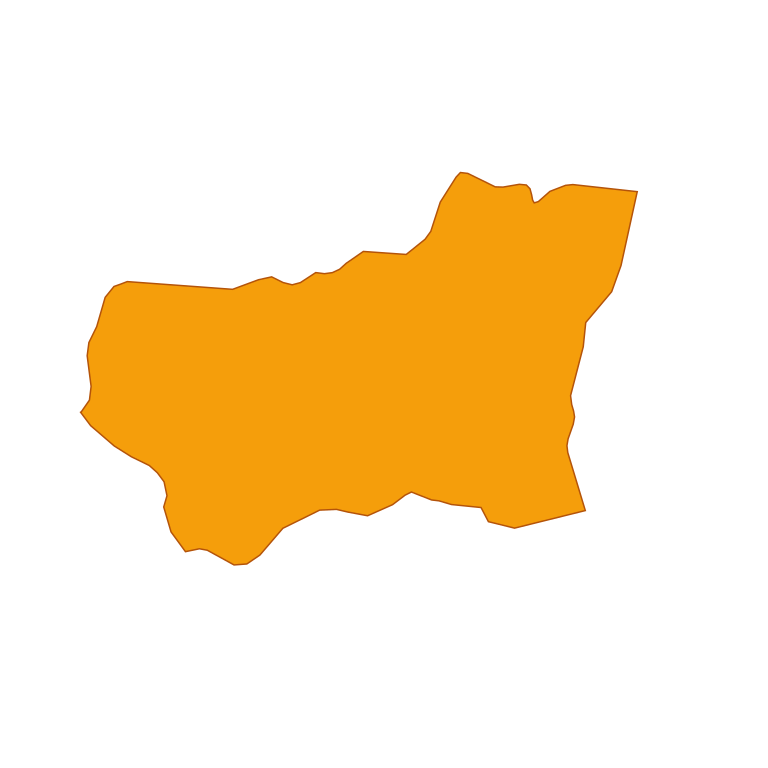 an SVG outline of Ajaria, rotated 163°
{"feature_id": "GEO-3027", "entity_name": "Ajaria", "entity_type": "Autonomous Republic", "adm_level": 1, "iso_a3": "GEO", "parent_name": "Georgia", "parent_adm1": "", "projection": "orthographic", "projection_center": [42.09, 41.662], "detail": "fine", "context": "isolated", "style": "filled", "palette": "amber", "viewbox_px": 768, "rotation_deg": 163, "n_neighbors": 0, "source": "natural_earth", "source_scale": "10m", "svg_char_len": 1250}
<svg xmlns="http://www.w3.org/2000/svg" viewBox="0 0 768 768"><g transform="rotate(163 384 384)"><path d="M606.9,556.5L599.6,557.0L501.1,518.8L473.5,520.4L460.1,519.3L450.8,510.5L442.8,505.7L434.3,505.4L416.7,510.5L408.7,506.9L400.8,505.6L392.9,506.7L384.8,510.5L365.0,516.8L324.9,501.4L302.4,510.4L294.6,516.3L277.0,541.5L254.5,560.8L249.1,563.9L242.3,560.9L220.0,540.0L212.6,537.5L196.2,535.4L189.7,532.7L187.3,528.0L187.5,521.9L188.1,516.3L187.4,513.3L183.1,513.3L169.0,519.7L152.3,520.9L145.1,519.5L85.6,493.9L122.7,428.0L139.3,405.7L173.1,383.8L182.6,361.3L209.0,318.3L210.5,309.5L210.6,302.7L211.4,296.8L214.8,290.2L224.0,277.7L227.1,271.5L228.3,264.7L228.5,204.1L301.3,208.0L316.0,216.8L324.4,221.8L327.3,237.5L354.7,249.0L365.6,256.2L372.4,259.2L389.4,272.7L396.5,271.5L397.2,271.2L411.1,266.1L438.2,262.8L456.0,272.1L466.1,278.0L482.4,282.2L492.6,280.5L522.9,275.6L552.7,256.7L567.8,252.0L580.3,254.8L601.6,276.7L608.7,280.4L622.9,281.7L625.4,289.0L630.9,304.8L630.6,330.8L624.2,340.6L622.9,354.8L626.7,365.4L632.3,374.7L646.9,388.3L660.1,403.6L676.7,429.9L682.4,445.7L681.6,445.9L670.4,454.7L664.8,467.3L659.6,497.8L654.1,509.9L642.0,522.8L625.3,548.4L613.7,556.2L606.9,556.5Z" fill="#f59e0b" stroke="#b45309" stroke-width="1.5"/></g></svg>